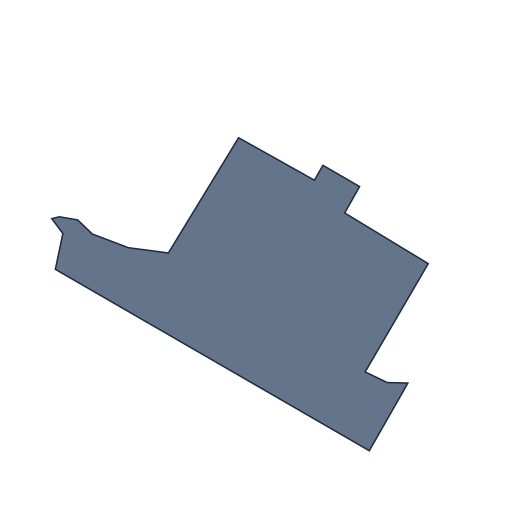 the district of Lanier, Georgia, United States of America, rotated 120°
{"feature_id": "52423323B24465829142626", "entity_name": "Lanier", "entity_type": "district", "adm_level": 2, "iso_a3": "USA", "parent_name": "United States of America", "parent_adm1": "Georgia", "projection": "mercator", "projection_center": [-83.072, 31.014], "detail": "fine", "context": "isolated", "style": "filled", "palette": "slate", "viewbox_px": 512, "rotation_deg": 120, "n_neighbors": 0, "source": "geoboundaries", "source_scale": "gbopen_adm2", "svg_char_len": 418}
<svg xmlns="http://www.w3.org/2000/svg" viewBox="0 0 512 512"><g transform="rotate(120 256 256)"><path d="M368.0,60.5L293.3,60.9L290.1,61.0L300.0,79.1L301.8,103.5L176.5,103.0L174.4,200.7L144.1,201.0L144.0,243.4L161.2,243.3L161.3,253.4L162.3,330.2L297.2,333.4L312.7,370.9L318.8,408.8L313.9,428.5L320.4,446.0L325.8,451.5L333.1,434.5L367.9,423.1L368.0,60.5Z" fill="#64748b" stroke="#1e293b" stroke-width="1.5"/></g></svg>